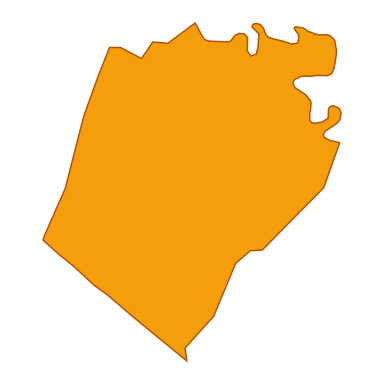 the district of Berkeley, West Virginia, United States of America
{"feature_id": "52423323B11679801882970", "entity_name": "Berkeley", "entity_type": "district", "adm_level": 2, "iso_a3": "USA", "parent_name": "United States of America", "parent_adm1": "West Virginia", "projection": "albers", "projection_center": [-77.931, 39.442], "detail": "fine", "context": "isolated", "style": "filled", "palette": "amber", "viewbox_px": 384, "rotation_deg": 0, "n_neighbors": 0, "source": "geoboundaries", "source_scale": "gbopen_adm2", "svg_char_len": 1424}
<svg xmlns="http://www.w3.org/2000/svg" viewBox="0 0 384 384"><path d="M195.1,23.0L167.9,43.3L152.8,41.9L141.5,58.6L120.5,47.5L109.5,47.5L98.2,76.1L83.7,116.4L65.3,188.3L44.1,236.5L43.0,240.1L60.2,255.5L73.4,266.1L94.8,285.8L107.5,295.0L131.2,315.3L151.1,331.7L152.3,332.7L186.8,361.0L185.1,348.0L213.7,316.2L235.6,263.4L250.3,250.7L262.2,250.1L295.7,216.0L323.7,187.8L339.6,142.8L329.6,140.3L324.0,137.3L323.5,135.5L323.2,134.7L325.2,131.3L337.0,123.2L339.8,119.9L341.0,114.0L340.8,112.2L339.7,109.1L338.3,107.9L333.7,105.8L331.1,106.3L329.6,107.3L328.5,109.1L328.1,118.3L322.0,122.1L314.1,123.3L311.5,122.6L310.6,121.3L309.7,120.1L309.7,113.4L310.5,110.0L311.0,103.8L311.0,102.2L310.3,100.4L305.7,94.8L294.8,87.5L293.0,83.7L293.2,81.7L293.7,80.6L295.0,79.4L300.7,76.5L304.9,76.1L310.0,76.4L317.2,75.4L327.3,75.7L331.6,73.7L332.7,71.4L333.8,69.3L335.6,59.6L336.3,53.8L336.4,50.2L334.8,40.6L333.5,38.9L330.3,35.9L326.8,34.8L319.0,34.9L315.8,34.2L307.8,31.1L303.4,28.1L295.7,26.7L294.3,27.9L294.4,29.0L298.1,34.0L298.7,35.8L298.4,41.6L296.6,43.4L291.9,44.1L290.7,43.7L282.3,41.0L274.1,39.1L268.1,37.1L265.8,34.5L263.7,28.5L260.7,24.9L257.3,23.5L254.1,23.8L252.3,25.4L252.1,27.2L258.8,33.7L258.1,47.0L256.2,54.0L250.9,56.2L247.2,50.9L247.6,37.3L244.5,34.0L239.3,33.4L234.8,35.5L231.1,40.5L228.8,41.9L217.8,41.5L209.8,41.2L206.5,40.4L204.2,39.0L203.2,37.8L195.1,23.0Z" fill="#f59e0b" stroke="#b45309" stroke-width="1.5"/></svg>